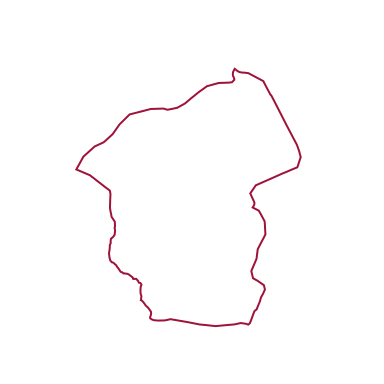 outline of Bilad Atta'am, Raymah, Yemen, rotated 298°
{"feature_id": "15242507B17948555439182", "entity_name": "Bilad Atta'am", "entity_type": "district", "adm_level": 2, "iso_a3": "YEM", "parent_name": "Yemen", "parent_adm1": "Raymah", "projection": "mercator", "projection_center": [43.572, 14.838], "detail": "fine", "context": "isolated", "style": "outline", "palette": "rose", "viewbox_px": 384, "rotation_deg": 298, "n_neighbors": 0, "source": "geoboundaries", "source_scale": "gbopen_adm2", "svg_char_len": 3021}
<svg xmlns="http://www.w3.org/2000/svg" viewBox="0 0 384 384"><g transform="rotate(298 192 192)"><path d="M157.6,79.3L158.9,94.2L158.4,96.5L158.3,97.5L157.2,103.6L156.7,106.5L156.6,107.2L155.7,112.3L155.5,113.5L154.7,118.7L154.0,119.3L152.2,120.8L150.0,121.9L147.4,123.1L139.3,127.1L139.0,127.4L136.7,129.1L135.9,129.8L134.6,130.9L132.5,132.5L132.3,132.7L131.3,134.6L130.9,135.2L129.7,137.6L128.8,138.2L125.5,140.2L125.1,140.3L124.1,140.4L121.9,142.2L117.8,143.8L115.2,143.4L112.7,142.4L110.9,143.0L108.7,144.2L106.4,144.4L104.8,145.3L102.6,146.2L98.9,147.5L95.3,150.0L93.1,152.1L92.3,154.3L92.6,155.1L92.6,156.0L92.1,157.7L91.8,159.3L91.2,160.4L91.1,160.5L90.6,161.3L90.2,162.4L89.7,163.4L88.2,166.1L88.0,167.0L88.2,167.8L88.4,168.3L87.9,169.7L88.3,170.4L88.6,170.8L88.7,171.2L88.9,172.2L89.4,173.2L89.5,174.1L89.5,174.8L89.4,175.8L89.1,177.1L89.1,177.6L88.8,178.8L88.8,179.6L88.2,180.3L87.7,180.7L87.8,181.5L88.3,181.9L88.8,182.9L89.0,183.4L89.1,183.6L88.8,184.4L88.1,186.3L87.7,186.7L87.3,187.2L87.0,187.8L87.3,188.5L87.4,189.0L87.1,189.9L86.7,190.6L86.3,191.0L84.4,191.1L83.5,191.5L82.6,191.9L81.5,192.4L80.4,193.0L79.1,193.7L78.1,194.4L76.2,196.3L74.9,196.7L74.2,197.0L73.6,197.4L72.5,197.6L72.5,198.5L72.4,199.5L72.0,200.4L71.8,201.0L71.1,202.4L69.9,204.7L69.4,207.2L68.4,209.3L67.0,212.0L65.6,212.9L64.8,213.2L64.3,213.4L62.4,213.7L61.5,213.9L60.9,214.4L60.9,214.5L60.6,216.0L60.9,218.5L62.6,222.5L66.0,228.5L69.6,232.7L70.3,234.8L75.0,249.0L78.6,260.9L81.1,266.9L84.7,275.9L88.3,281.3L90.1,284.1L90.6,284.8L94.0,290.1L95.0,291.6L99.2,296.6L101.0,301.6L101.3,303.9L103.3,304.7L106.8,304.3L109.8,303.9L114.0,303.3L116.1,303.1L116.4,303.2L117.3,303.5L117.6,303.7L118.8,304.2L119.0,304.2L120.0,304.0L127.3,303.3L131.4,302.4L135.5,302.5L140.1,302.2L143.5,299.2L144.4,291.4L144.5,286.4L145.4,285.6L150.0,281.5L155.6,281.0L160.3,280.6L163.4,280.3L170.2,277.7L172.3,276.9L180.1,276.8L181.2,276.8L185.6,276.8L186.6,276.8L188.0,276.7L189.1,276.7L195.0,273.1L196.1,272.5L200.2,269.9L200.5,269.5L203.3,265.3L206.9,259.8L206.8,252.8L207.4,252.8L209.1,253.0L210.2,252.9L211.7,252.2L212.3,251.7L218.1,244.1L227.9,245.2L228.1,245.4L244.8,258.5L251.1,263.4L251.3,263.6L253.4,265.4L258.8,269.7L263.0,273.2L263.2,273.4L265.9,273.0L269.7,272.3L273.9,271.6L274.0,271.4L278.4,267.4L282.9,262.5L294.3,245.7L294.7,245.1L309.1,224.5L314.6,216.5L314.6,215.8L315.0,215.3L315.2,214.9L318.9,209.4L323.3,203.0L323.4,202.9L323.4,186.0L322.0,182.3L321.0,180.2L320.2,177.7L320.1,175.9L320.5,173.6L320.8,171.9L320.2,171.9L318.7,171.9L317.6,171.9L316.4,172.2L314.7,173.0L313.7,173.8L312.8,175.1L311.8,176.1L311.0,176.7L310.0,176.4L307.7,175.8L306.0,173.4L303.0,168.2L300.8,164.4L292.5,155.6L283.0,150.9L277.0,148.4L275.5,147.7L267.3,144.4L266.8,144.2L259.4,139.4L259.2,139.1L256.2,135.6L253.1,131.7L252.3,127.7L246.0,116.7L231.2,100.5L217.8,96.3L206.0,94.8L202.2,93.5L195.5,91.1L195.1,90.9L194.5,90.7L191.4,88.4L186.5,84.7L184.4,83.9L172.2,79.5L163.2,79.4L162.8,79.4L161.7,79.3L157.6,79.3Z" fill="none" stroke="#9f1239" stroke-width="2"/></g></svg>